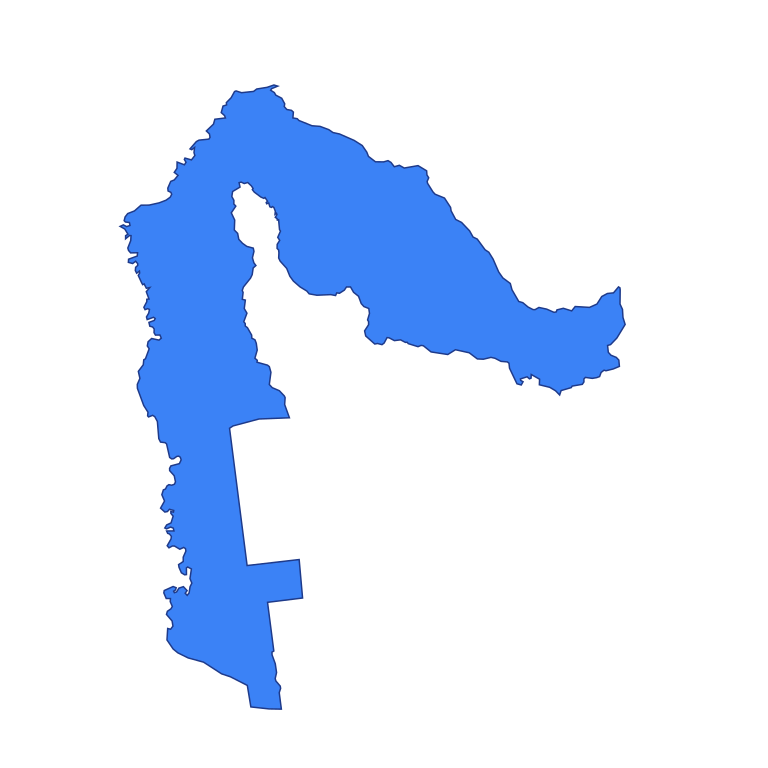 the district of Pimenteiras do Oeste, Rondônia, Brazil, rotated 83°
{"feature_id": "56859067B54089399985643", "entity_name": "Pimenteiras do Oeste", "entity_type": "district", "adm_level": 2, "iso_a3": "BRA", "parent_name": "Brazil", "parent_adm1": "Rondônia", "projection": "mercator", "projection_center": [-61.562, -13.01], "detail": "fine", "context": "isolated", "style": "filled", "palette": "blue", "viewbox_px": 768, "rotation_deg": 83, "n_neighbors": 0, "source": "geoboundaries", "source_scale": "gbopen_adm2", "svg_char_len": 6148}
<svg xmlns="http://www.w3.org/2000/svg" viewBox="0 0 768 768"><g transform="rotate(83 384 384)"><path d="M694.2,525.5L677.6,525.6L673.5,523.7L671.2,523.8L665.6,527.5L663.1,527.9L657.3,525.8L648.4,526.0L639.3,528.1L636.5,527.9L635.6,525.9L586.5,526.2L586.5,490.9L547.9,489.6L547.5,542.0L409.1,542.7L407.2,538.9L403.5,512.4L406.0,482.0L392.3,485.1L385.5,483.8L383.7,484.4L377.9,488.7L374.0,495.4L370.5,497.9L358.6,494.8L352.8,495.7L351.1,497.3L346.9,507.4L345.0,506.9L342.7,509.0L334.9,505.7L328.0,505.8L324.4,506.7L322.4,509.6L319.3,509.4L311.4,512.7L309.6,514.6L307.0,514.4L305.1,515.6L297.0,511.4L292.1,513.5L283.8,511.4L282.7,514.3L275.9,512.7L273.9,513.3L270.6,511.7L262.7,503.6L259.4,501.5L252.9,499.7L250.8,496.7L247.8,498.4L242.7,499.2L236.5,496.9L233.2,497.2L230.7,503.4L227.1,507.3L222.7,510.5L216.7,510.9L212.9,513.8L203.1,512.2L195.5,514.7L189.4,509.4L187.0,511.1L183.4,510.6L179.4,512.2L174.5,510.8L171.0,502.9L166.5,503.3L166.2,501.2L168.0,498.3L167.4,494.7L171.2,491.5L174.0,490.1L175.0,491.0L177.7,489.4L183.4,483.5L185.1,480.6L184.4,479.4L188.4,477.3L189.5,478.8L190.8,478.5L190.3,476.4L194.2,475.7L195.0,474.2L194.3,473.1L195.4,471.8L199.3,470.8L202.3,471.5L201.4,469.9L202.8,469.6L205.3,471.6L206.8,470.0L208.3,469.9L208.1,468.6L218.1,468.9L219.6,468.1L225.5,471.6L228.7,470.0L232.4,473.0L236.4,473.6L238.1,472.3L240.9,472.3L246.1,473.2L249.4,472.1L257.4,466.5L265.6,464.3L270.8,461.4L277.4,455.5L282.3,449.3L285.4,447.3L287.7,439.8L288.8,425.9L290.3,421.3L287.8,419.8L288.5,417.1L286.0,411.9L283.1,409.4L283.6,405.4L289.3,403.0L293.8,398.6L301.4,396.8L304.7,394.5L307.2,389.9L312.2,389.8L318.4,392.5L320.2,391.7L323.3,392.1L328.9,396.8L334.1,396.3L343.2,388.3L343.0,385.5L344.7,381.2L343.4,378.9L338.3,375.3L338.8,373.3L342.2,368.4L342.2,362.2L345.3,357.7L345.4,355.9L346.9,355.0L351.1,345.7L350.2,342.5L350.8,340.3L357.9,333.4L362.5,317.1L358.7,308.9L363.4,295.6L370.5,288.3L371.5,282.3L370.6,274.6L372.0,270.7L375.8,265.1L377.1,258.9L378.6,257.4L383.6,257.5L400.0,252.0L401.7,247.9L398.7,245.7L397.1,247.9L395.6,248.0L394.3,241.1L396.6,239.0L396.1,237.3L392.5,236.7L398.2,229.0L403.7,229.9L407.5,219.9L411.6,214.6L416.3,211.0L412.1,209.0L410.4,198.6L409.0,197.5L408.5,187.2L406.3,185.3L403.4,185.0L402.0,183.3L403.8,176.6L403.6,172.1L402.9,169.1L399.0,167.1L397.1,163.9L397.9,162.1L397.0,154.6L395.2,148.2L388.9,148.0L385.9,150.2L383.1,155.2L379.9,157.5L373.0,157.4L372.5,154.3L366.8,147.3L354.3,137.4L347.1,138.7L339.0,138.2L333.4,140.0L319.3,138.1L317.3,138.1L316.2,139.4L321.5,145.1L321.4,151.3L323.7,157.2L330.6,162.9L333.0,170.7L330.4,184.8L334.3,188.8L330.7,196.8L331.5,203.3L333.4,204.2L333.6,206.5L329.5,213.4L326.9,220.9L328.6,225.0L328.3,227.0L325.2,231.6L320.2,236.3L318.5,240.2L306.0,245.5L299.6,246.4L293.2,253.1L286.8,256.5L273.3,260.5L266.0,263.9L263.1,267.3L251.5,273.8L249.0,277.7L242.4,280.4L233.1,287.3L229.4,292.8L220.3,296.3L216.8,296.4L206.8,301.3L201.9,310.1L199.3,312.0L190.1,316.3L188.2,316.5L184.8,314.5L181.7,315.9L177.6,315.7L171.4,323.6L172.1,337.6L168.8,342.1L169.6,347.3L164.9,350.1L162.8,352.8L163.5,357.3L162.4,365.4L156.2,371.7L151.8,372.8L144.7,376.5L138.6,383.9L130.4,397.7L128.2,404.0L124.8,407.8L120.5,416.1L118.9,424.0L112.1,436.3L110.1,437.8L108.8,442.0L103.1,440.8L101.1,442.5L99.7,447.0L96.5,449.2L93.8,448.4L87.9,450.7L84.1,456.2L81.4,457.3L78.6,460.7L77.2,459.6L75.4,453.2L73.8,456.8L75.3,463.9L75.7,474.4L77.7,477.8L77.5,489.9L75.1,495.1L75.5,496.7L81.2,500.8L85.5,506.2L87.8,506.2L88.5,509.9L94.8,512.5L98.2,509.5L100.6,509.0L100.6,519.6L105.3,521.6L111.2,529.5L114.5,526.8L118.0,526.6L119.6,528.0L119.4,537.9L120.5,540.7L127.0,547.9L128.0,546.3L126.2,543.2L131.2,544.4L134.2,543.9L138.1,547.8L135.5,554.0L136.8,554.8L139.8,553.5L142.1,555.4L138.5,562.3L144.7,563.2L148.4,566.4L151.8,563.0L155.9,567.3L156.9,571.0L163.2,574.7L166.1,574.8L167.8,572.2L169.8,571.6L172.5,573.4L175.0,577.9L176.8,585.1L177.8,595.4L176.9,603.4L181.8,610.6L183.6,617.6L186.6,620.6L190.2,622.0L191.7,620.9L192.7,617.0L195.7,616.8L196.4,620.3L194.3,623.3L195.4,626.7L198.6,622.4L204.1,619.9L205.3,622.4L208.4,622.8L205.6,618.4L205.9,617.0L210.8,617.9L217.8,621.7L220.3,621.3L223.0,619.5L223.7,612.6L226.9,613.3L229.0,622.3L232.1,622.9L233.8,618.8L231.9,615.5L234.6,613.8L236.3,614.0L237.9,616.3L241.1,617.0L243.9,616.0L242.1,613.0L244.1,613.0L246.3,614.7L254.1,612.2L256.0,611.4L255.4,609.9L260.0,608.2L259.7,604.7L263.4,608.7L271.0,606.9L271.0,609.1L273.4,609.4L278.6,613.0L281.1,612.1L280.4,609.5L281.4,607.7L285.0,608.9L288.5,611.6L291.2,611.2L289.7,604.6L291.1,603.1L292.9,604.3L294.2,609.8L298.1,609.4L299.2,606.7L301.4,605.4L305.0,606.0L307.6,604.9L308.1,600.4L311.4,599.5L313.0,602.0L310.5,609.1L313.3,613.0L317.4,614.3L320.4,612.8L329.9,617.7L330.7,619.5L335.6,620.6L341.5,626.3L348.7,625.6L354.3,628.9L358.2,629.3L376.1,625.1L383.2,621.7L386.8,622.5L388.0,621.7L386.9,617.4L388.5,615.5L393.6,613.5L410.8,614.2L414.4,612.9L415.6,608.3L417.0,607.1L430.8,605.7L432.5,603.8L432.5,601.9L430.6,598.4L430.6,596.5L431.9,595.1L434.6,594.6L438.1,596.8L439.3,605.5L441.6,607.1L443.9,607.3L449.5,603.4L455.7,602.9L457.9,604.2L458.6,607.0L457.7,609.8L458.7,611.8L461.6,613.7L462.2,615.9L466.8,618.0L473.4,616.1L480.0,620.9L484.4,617.1L484.2,614.5L482.2,612.2L483.9,608.1L485.5,608.6L484.6,611.1L486.5,611.3L489.5,609.4L495.9,612.3L497.4,616.9L500.2,619.1L501.3,617.5L500.0,613.2L501.4,610.7L504.2,610.4L503.4,617.7L505.9,616.9L506.7,615.2L509.4,613.6L511.9,614.3L518.1,618.9L520.4,617.4L519.0,613.8L519.3,611.7L523.1,606.8L521.8,602.7L523.2,601.1L525.7,601.0L531.4,604.4L535.7,604.9L538.2,609.9L541.0,609.8L546.7,608.1L549.1,605.1L549.1,603.3L542.4,602.5L541.7,601.2L544.1,597.7L553.5,600.3L558.2,599.0L561.6,601.2L567.6,602.9L569.8,605.1L567.4,606.8L565.1,604.6L560.7,607.8L561.6,612.4L565.1,615.2L565.6,617.5L564.0,618.1L563.0,616.0L560.9,615.1L559.3,618.0L562.2,627.3L564.5,628.0L570.4,626.3L570.9,622.1L574.0,622.7L579.0,621.2L581.2,622.9L583.2,626.7L586.2,628.0L593.4,623.2L598.6,623.0L601.4,625.7L600.3,628.5L611.6,630.6L621.3,625.6L625.7,621.4L632.0,611.8L638.1,597.0L651.9,580.5L655.9,572.1L666.5,556.4L688.3,555.5L692.5,537.6L694.2,525.5Z" fill="#3b82f6" stroke="#1e3a8a" stroke-width="1.5"/></g></svg>